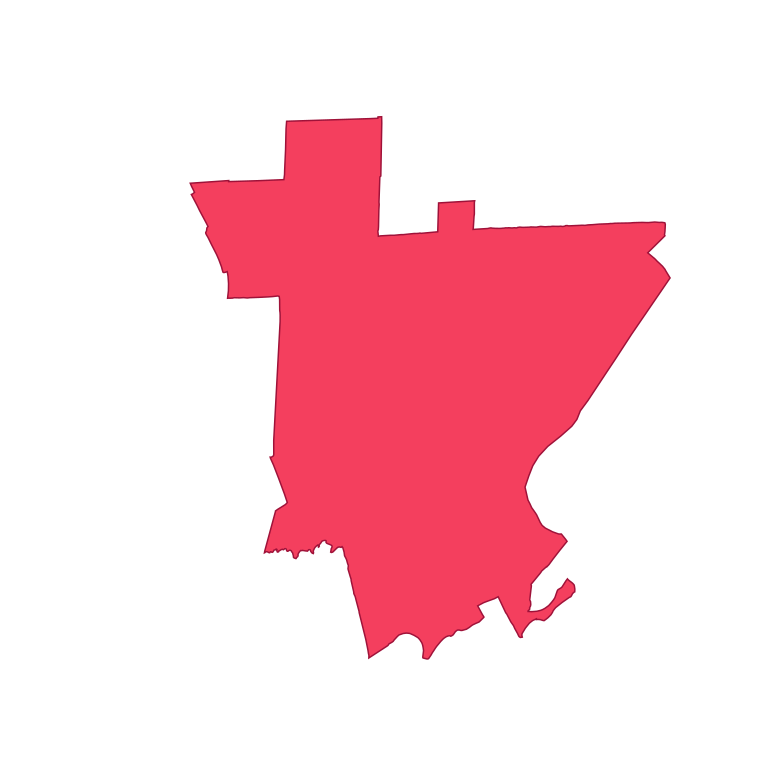 Parscoveni, Olt, Romania, rotated 293°
{"feature_id": "2599482B95439392945311", "entity_name": "Parscoveni", "entity_type": "district", "adm_level": 2, "iso_a3": "ROU", "parent_name": "Romania", "parent_adm1": "Olt", "projection": "robinson", "projection_center": [24.206, 44.311], "detail": "fine", "context": "isolated", "style": "filled", "palette": "rose", "viewbox_px": 768, "rotation_deg": 293, "n_neighbors": 0, "source": "geoboundaries", "source_scale": "gbopen_adm2", "svg_char_len": 6171}
<svg xmlns="http://www.w3.org/2000/svg" viewBox="0 0 768 768"><g transform="rotate(293 384 384)"><path d="M629.1,277.4L627.5,274.1L626.2,274.5L622.7,267.2L587.8,191.7L580.7,194.1L561.3,201.8L542.0,209.0L537.9,210.6L533.0,212.0L521.9,188.6L509.6,161.9L510.6,161.6L493.1,127.2L490.8,129.6L486.4,134.7L484.1,133.5L483.2,132.6L475.1,142.5L471.5,146.6L463.3,156.8L460.2,160.5L458.6,160.0L457.7,160.2L456.0,160.7L455.4,160.8L453.9,160.7L453.5,160.8L452.8,161.3L452.1,162.1L450.1,164.8L445.4,170.2L437.7,179.4L433.9,183.4L428.4,188.6L425.9,190.5L424.0,192.1L423.9,192.6L424.2,193.4L425.1,194.6L426.2,195.7L423.9,197.3L422.1,198.4L415.6,201.7L408.9,204.4L401.8,206.5L402.4,207.6L402.7,208.5L403.9,211.0L404.9,212.4L406.9,217.5L408.6,220.9L409.3,223.0L409.6,224.0L409.9,224.8L411.0,226.7L414.7,234.6L418.9,243.3L421.0,247.4L423.5,251.8L423.7,253.3L421.0,254.9L411.1,259.2L409.1,260.4L406.8,261.5L400.8,264.0L288.8,304.6L276.2,310.0L274.9,310.3L274.5,310.2L272.6,308.9L272.2,307.8L271.3,308.5L266.3,313.9L256.1,323.8L244.0,335.2L237.1,341.3L234.6,340.4L226.9,335.0L224.7,333.7L224.3,333.9L183.6,339.5L181.9,339.9L182.5,340.4L183.1,340.4L183.9,341.7L183.9,343.2L183.8,344.1L184.1,344.8L185.2,345.0L185.4,345.4L185.3,346.5L185.4,346.9L185.8,347.3L186.4,347.5L188.2,347.7L188.9,348.8L189.8,349.1L190.0,349.5L189.9,350.0L189.5,350.3L188.9,350.3L187.7,351.4L187.7,351.7L188.0,352.2L188.4,352.5L189.1,352.4L189.9,353.1L191.0,353.8L192.1,354.9L192.1,356.0L192.2,356.3L193.5,356.9L193.8,357.2L193.9,357.6L193.8,358.6L192.6,359.5L192.4,359.8L192.3,360.3L192.4,360.7L192.6,361.0L193.3,361.3L194.0,362.0L194.3,362.7L194.3,363.7L194.1,364.0L193.5,364.5L193.0,365.7L190.3,367.8L189.4,368.2L189.1,368.4L188.8,369.1L188.8,370.6L188.9,371.2L189.1,371.3L190.2,371.4L191.4,372.0L191.9,372.0L192.4,372.0L193.3,371.5L194.9,371.4L197.1,371.9L198.2,372.4L198.3,372.7L198.5,373.5L198.9,373.7L199.0,374.0L199.7,377.0L200.3,378.9L202.0,379.4L202.5,380.3L202.5,380.7L202.3,381.1L201.1,382.2L200.4,383.6L200.2,384.1L200.3,385.2L201.1,385.1L202.5,384.2L203.1,384.1L205.6,384.2L206.4,384.3L208.5,385.1L210.0,386.0L210.1,386.3L209.8,386.9L208.4,387.2L208.2,387.4L208.6,387.7L209.5,387.8L210.4,387.2L210.7,387.2L212.7,387.9L215.0,388.3L216.0,389.2L217.0,390.8L217.2,391.7L217.0,392.0L215.6,392.5L215.1,393.3L215.0,394.1L215.1,397.6L214.9,399.0L214.1,399.7L213.4,399.9L211.6,399.8L209.8,400.3L208.4,400.6L208.3,401.3L208.9,402.1L209.4,402.6L214.5,404.7L215.8,405.4L216.1,405.9L216.6,406.7L216.9,408.4L217.9,408.9L217.3,410.0L213.7,412.9L210.5,414.8L208.8,416.9L207.6,418.2L204.2,420.9L203.3,421.9L202.4,422.3L200.0,423.0L199.2,423.5L192.9,428.7L191.7,429.8L190.0,430.7L181.0,437.2L179.2,438.2L177.0,440.6L174.1,442.8L164.8,450.0L163.8,450.5L141.7,467.1L132.6,473.3L129.7,475.1L128.2,476.2L125.9,477.1L144.5,489.6L145.3,489.9L146.7,490.1L149.2,492.1L150.7,493.0L152.2,493.3L157.0,495.0L158.9,495.9L161.8,499.1L163.4,501.8L163.7,502.6L164.3,504.6L164.5,505.4L164.4,509.9L163.8,514.3L162.7,516.8L160.8,519.6L159.8,520.7L158.2,522.0L156.2,523.3L154.0,524.6L148.1,526.3L147.2,526.7L147.1,527.0L147.2,528.1L147.6,530.6L147.7,531.1L148.2,532.0L148.9,532.4L152.9,533.2L155.6,533.5L157.5,533.9L161.0,534.5L163.2,535.0L169.2,536.8L172.3,538.0L173.7,538.7L175.8,540.1L177.2,541.6L177.9,542.7L178.0,543.2L177.9,543.9L178.5,544.6L180.2,545.7L184.0,546.5L186.0,547.6L186.3,548.0L186.9,549.3L187.2,551.2L187.7,552.2L190.5,555.7L193.4,557.7L196.1,559.2L197.1,559.9L199.8,562.3L201.2,563.7L202.2,564.6L207.8,566.9L208.4,567.1L208.7,566.9L210.1,564.8L216.4,556.9L221.7,561.2L224.2,563.8L229.6,569.6L232.8,572.2L221.2,585.2L220.7,585.9L220.2,586.9L214.6,593.7L212.1,597.7L210.1,599.8L206.6,604.3L204.7,606.4L204.3,607.0L204.0,608.1L204.0,608.6L205.0,610.2L206.7,609.0L208.3,608.6L209.4,608.8L214.4,609.5L220.5,611.2L221.5,611.7L224.4,613.3L227.4,616.0L226.7,616.3L227.4,617.6L227.9,619.0L228.2,620.1L228.4,622.4L228.7,623.8L230.1,624.7L232.8,626.2L236.7,627.8L239.5,628.3L241.2,628.3L243.4,628.8L245.3,629.4L252.5,633.3L259.9,637.9L261.1,639.0L262.2,639.3L264.2,639.4L265.1,639.6L266.7,640.3L267.2,640.8L269.8,639.8L272.6,638.1L273.4,637.4L274.2,635.7L274.7,634.1L275.4,631.2L276.0,629.5L276.3,629.0L274.0,628.4L266.8,627.2L266.1,626.9L265.2,626.4L262.8,624.6L262.1,624.4L261.2,624.3L254.1,624.8L251.6,624.4L248.6,623.6L244.4,622.2L240.4,619.8L238.4,618.2L236.9,616.7L234.6,613.6L232.2,609.0L230.9,605.5L231.7,605.3L232.9,605.9L233.9,606.1L234.7,605.5L237.0,605.6L238.5,605.2L241.0,603.9L242.2,602.5L255.9,598.5L256.6,597.8L257.6,597.7L258.9,598.2L271.9,602.0L273.1,602.1L274.1,602.5L279.4,605.0L279.3,605.3L282.2,606.4L289.0,608.0L299.6,610.8L310.7,614.0L312.1,611.7L315.2,605.9L314.2,603.5L314.0,600.6L313.8,596.7L314.4,588.8L315.6,584.8L317.6,581.9L323.3,575.5L325.7,571.8L327.9,568.2L330.5,565.4L333.5,561.8L344.2,554.1L356.1,553.2L366.9,552.9L378.0,554.6L390.5,559.1L405.3,567.1L418.6,573.4L426.8,575.4L436.0,575.2L448.6,578.2L481.7,584.3L497.0,587.2L526.8,592.5L593.4,605.9L598.5,598.8L599.3,597.9L601.2,594.4L603.9,587.1L604.9,584.9L606.3,580.4L607.8,575.5L630.2,584.7L630.9,583.9L633.9,583.1L637.6,581.8L640.8,580.6L642.1,579.6L642.0,578.9L641.4,576.6L640.3,574.3L638.9,570.0L635.8,564.1L634.5,560.8L633.9,559.2L632.8,556.7L629.9,550.4L628.4,547.6L622.2,533.7L620.7,531.0L620.4,530.1L619.0,527.6L615.3,519.7L612.2,513.8L610.2,509.7L608.6,507.1L607.5,504.2L606.4,502.0L601.7,492.2L601.4,490.6L600.6,489.1L599.9,488.7L598.8,486.9L598.3,485.0L597.3,483.1L594.9,477.2L593.8,475.4L593.5,474.5L591.7,470.9L590.3,466.7L589.6,465.5L587.9,462.9L585.9,457.7L585.2,456.6L582.6,451.0L582.0,449.4L581.5,447.7L580.9,446.8L580.5,446.0L579.8,445.4L579.3,444.7L578.8,443.0L577.6,440.8L576.5,437.6L576.0,436.8L575.2,434.8L574.3,433.5L574.0,432.7L573.4,431.7L572.5,429.9L570.8,425.7L569.7,422.6L569.6,421.8L569.2,420.9L567.6,418.6L561.1,405.6L562.3,405.3L565.5,404.2L573.7,401.3L575.7,400.8L586.3,396.3L588.1,395.9L572.0,363.5L545.1,374.0L537.2,359.3L537.0,358.2L535.9,356.5L534.2,352.7L529.0,343.3L528.1,341.2L524.9,335.3L523.4,331.8L519.0,322.9L517.8,321.1L522.5,318.5L523.7,318.5L526.6,317.5L542.1,311.3L547.4,309.4L549.5,308.3L572.9,299.3L574.2,299.8L623.3,280.0L629.1,277.4Z" fill="#f43f5e" stroke="#9f1239" stroke-width="1.5"/></g></svg>